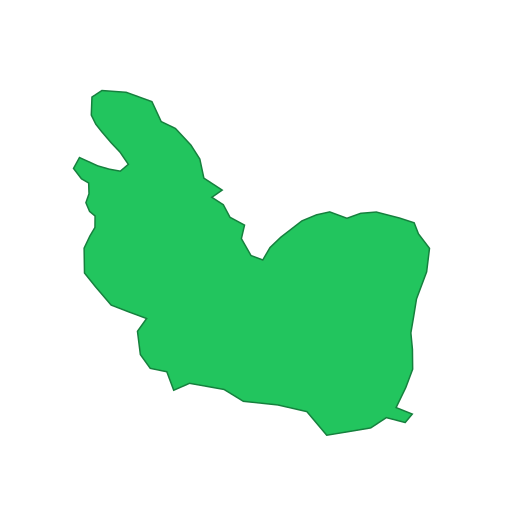 outline of Petra, Cyprus, rotated 348°
{"feature_id": "46923920B47303866383678", "entity_name": "Petra", "entity_type": "district", "adm_level": 2, "iso_a3": "CYP", "parent_name": "Cyprus", "parent_adm1": "", "projection": "orthographic", "projection_center": [32.906, 35.122], "detail": "fine", "context": "isolated", "style": "filled", "palette": "green", "viewbox_px": 512, "rotation_deg": 348, "n_neighbors": 0, "source": "geoboundaries", "source_scale": "gbopen_adm2", "svg_char_len": 1107}
<svg xmlns="http://www.w3.org/2000/svg" viewBox="0 0 512 512"><g transform="rotate(348 256 256)"><path d="M89.5,212.6L84.7,237.0L92.5,252.5L104.1,273.9L120.5,284.6L136.0,294.4L124.4,305.0L122.4,328.4L129.2,343.9L144.7,350.7L147.6,370.2L164.5,366.7L197.0,379.9L213.4,395.5L246.3,406.2L273.4,418.8L287.9,446.0L332.5,448.0L349.9,441.2L367.3,449.9L376.0,443.1L361.5,433.4L375.1,415.9L385.7,399.3L389.6,379.9L391.5,363.4L397.3,348.8L404.1,331.3L419.6,307.0L427.3,284.6L419.5,268.1L417.6,256.4L404.1,248.6L392.4,242.8L382.8,238.0L367.3,236.0L352.8,238.0L337.3,228.2L323.7,228.3L308.2,231.2L284.1,242.8L271.5,250.6L261.8,261.3L251.2,254.5L245.3,236.0L251.2,223.4L238.6,212.7L234.7,199.1L225.0,189.4L236.6,184.5L221.2,169.0L221.2,149.5L215.4,134.0L203.7,114.5L191.2,104.8L186.3,83.4L163.1,68.9L139.7,62.1L128.6,66.4L124.2,83.9L126.7,93.8L131.0,102.5L137.8,115.0L144.6,126.2L150.2,139.8L140.9,144.8L130.4,140.5L119.9,134.9L103.8,123.0L95.7,132.4L101.3,144.2L107.5,149.8L105.6,160.4L100.7,168.5L102.5,177.8L106.9,183.4L104.4,194.6L97.6,202.0L89.5,212.6Z" fill="#22c55e" stroke="#15803d" stroke-width="1.5"/></g></svg>